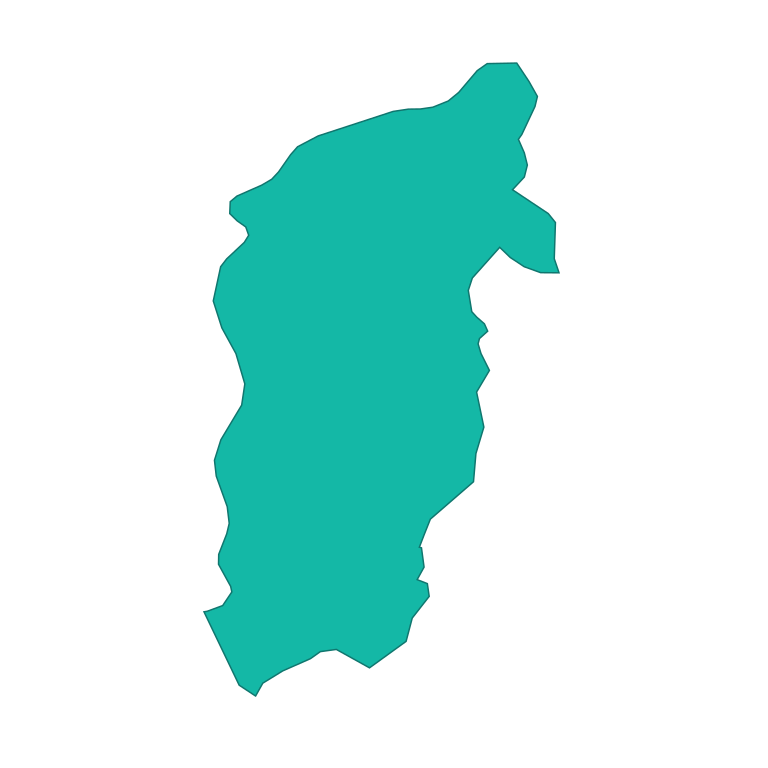 the border of Bender, rotated 246°
{"feature_id": "MDA-1650", "entity_name": "Bender", "entity_type": "City", "adm_level": 1, "iso_a3": "MDA", "parent_name": "Moldova", "parent_adm1": "", "projection": "natural_earth1", "projection_center": [29.721, 46.757], "detail": "fine", "context": "isolated", "style": "filled", "palette": "teal", "viewbox_px": 768, "rotation_deg": 246, "n_neighbors": 0, "source": "natural_earth", "source_scale": "10m", "svg_char_len": 1407}
<svg xmlns="http://www.w3.org/2000/svg" viewBox="0 0 768 768"><g transform="rotate(246 384 384)"><path d="M249.1,126.9L248.3,130.0L247.2,146.5L255.9,160.4L261.5,161.6L286.6,159.5L295.6,163.7L311.1,179.4L319.6,185.9L335.7,190.9L368.1,193.3L383.3,198.1L399.4,212.3L422.6,245.4L440.7,256.9L472.0,261.1L501.2,258.7L529.3,261.8L557.6,282.5L562.3,291.2L570.2,314.0L574.9,320.9L583.7,321.6L592.8,316.2L602.4,312.4L613.1,317.7L615.5,326.1L615.4,353.1L616.7,364.7L620.6,373.9L631.5,392.0L635.9,401.6L637.4,424.8L629.3,503.2L625.2,518.0L620.4,529.2L617.0,541.2L616.4,557.8L620.0,570.9L632.4,596.7L634.7,608.6L623.2,635.8L601.4,639.5L584.3,641.1L576.1,634.8L555.9,611.4L553.1,606.7L552.9,606.3L538.1,606.2L525.7,604.0L516.0,596.4L509.4,580.9L509.2,580.4L472.8,603.4L461.8,606.3L429.2,590.5L415.1,589.2L414.4,589.1L422.0,572.4L434.1,559.8L448.2,550.8L461.8,545.3L444.9,507.8L435.7,499.5L435.3,499.1L414.4,493.6L407.4,495.9L398.1,500.2L390.4,500.2L390.1,500.2L386.7,489.7L382.8,486.6L382.4,486.3L372.4,485.0L354.2,485.8L353.5,485.8L339.0,465.3L304.0,457.7L283.1,439.7L258.3,426.0L241.7,371.4L230.2,359.6L220.9,350.3L220.5,349.9L219.1,351.6L200.7,346.2L200.4,346.1L191.8,334.7L184.0,342.4L171.6,338.9L158.7,314.6L139.9,299.5L130.6,255.3L160.9,232.5L165.4,217.0L163.0,205.1L163.1,174.8L160.0,151.6L151.2,139.8L151.3,139.7L167.7,129.2L248.5,126.9L249.1,126.9Z" fill="#14b8a6" stroke="#0f766e" stroke-width="1.5"/></g></svg>